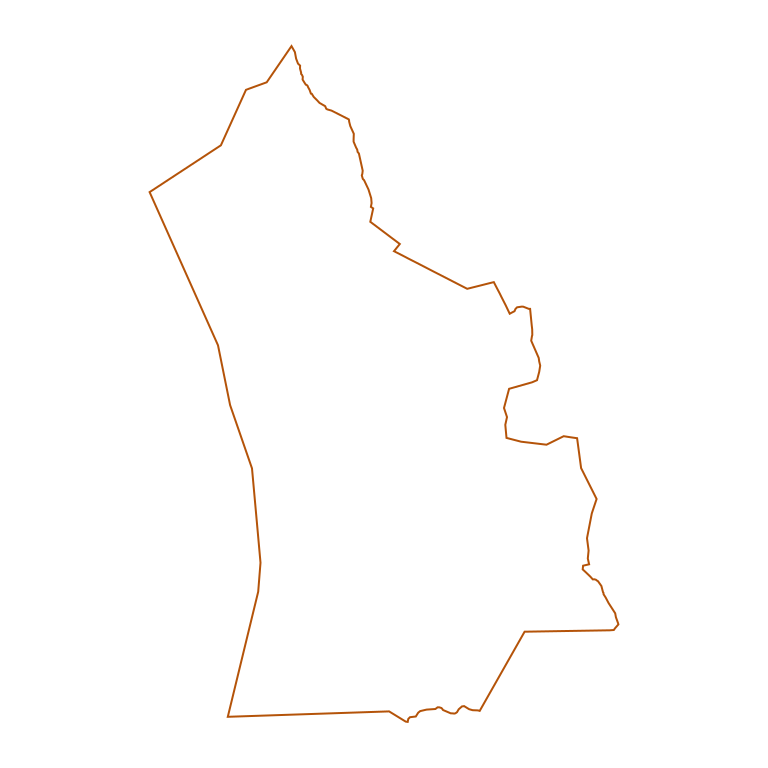 Valerio Trujano, Oaxaca, Mexico (Robinson projection)
{"feature_id": "50627088B90895159009900", "entity_name": "Valerio Trujano", "entity_type": "district", "adm_level": 2, "iso_a3": "MEX", "parent_name": "Mexico", "parent_adm1": "Oaxaca", "projection": "robinson", "projection_center": [-96.976, 17.773], "detail": "fine", "context": "isolated", "style": "outline", "palette": "amber", "viewbox_px": 768, "rotation_deg": 0, "n_neighbors": 0, "source": "geoboundaries", "source_scale": "gbopen_adm2", "svg_char_len": 2121}
<svg xmlns="http://www.w3.org/2000/svg" viewBox="0 0 768 768"><path d="M149.6,192.1L218.0,345.3L230.1,405.1L252.0,468.4L257.6,530.4L260.5,562.7L258.2,591.7L227.8,716.8L389.1,711.4L405.7,721.6L407.7,721.9L408.3,718.9L410.0,717.2L415.8,716.5L418.2,712.7L420.2,711.1L426.6,709.6L435.4,709.0L437.6,707.3L439.2,707.3L441.4,708.0L442.2,708.8L443.0,710.0L450.7,713.3L453.0,713.4L454.1,713.6L455.4,713.3L457.0,712.2L458.7,709.3L462.0,706.4L463.1,706.3L464.1,706.1L469.1,709.2L472.7,710.2L478.0,710.4L479.7,710.9L524.6,631.7L609.8,630.3L613.8,630.0L615.1,628.2L618.4,624.4L618.0,623.0L615.9,617.2L615.2,613.3L608.6,603.1L605.7,597.6L603.6,594.3L603.4,592.7L603.0,592.2L601.4,586.0L598.0,581.2L597.1,580.7L596.0,579.8L594.5,579.3L592.8,579.4L590.4,576.7L585.1,571.6L582.7,569.4L583.1,565.7L589.1,564.3L587.8,558.5L588.6,550.6L587.0,538.2L591.8,513.4L596.6,499.0L581.1,468.1L581.0,467.3L577.1,438.2L571.4,437.4L563.7,436.2L546.5,444.7L521.1,441.7L506.5,437.9L505.3,424.8L507.0,417.1L504.0,408.0L509.1,388.8L532.1,382.3L537.0,380.2L539.2,371.9L540.2,365.6L539.2,361.4L538.7,357.9L531.2,340.7L532.0,335.9L532.3,335.1L532.2,329.4L532.0,327.7L531.7,325.1L530.1,308.9L528.9,308.9L523.3,306.7L521.9,306.6L517.1,307.3L515.5,308.9L514.5,311.2L509.7,313.7L505.7,305.3L501.2,296.5L499.9,293.8L497.0,288.3L495.7,285.8L493.8,282.1L480.4,285.5L467.2,288.8L432.9,271.2L427.7,268.5L413.1,261.0L408.0,258.4L404.8,256.7L394.0,251.2L399.8,244.0L390.6,237.1L370.3,221.8L373.2,208.4L370.9,206.9L371.6,203.1L371.2,198.2L368.5,189.5L364.1,180.2L362.8,178.9L361.8,175.3L362.3,174.0L362.7,170.7L358.9,153.5L357.6,151.9L357.2,149.6L356.1,147.6L353.6,141.7L353.6,139.5L353.8,133.8L350.3,126.1L349.2,121.8L349.1,121.1L349.1,120.6L348.8,119.4L340.4,115.1L331.5,110.6L327.3,109.4L326.2,108.7L325.2,106.2L319.5,102.9L317.1,100.3L316.9,100.1L313.7,96.9L311.8,93.8L310.9,93.6L309.6,89.9L308.1,87.2L307.6,85.9L306.6,84.9L305.8,84.7L304.7,83.0L302.6,79.6L302.8,76.7L301.9,74.8L301.1,73.9L301.1,72.5L300.0,68.5L300.1,65.6L298.0,63.6L296.1,58.6L294.9,52.1L291.5,46.1L266.7,82.3L246.0,89.8L220.9,145.3L149.6,192.1Z" fill="none" stroke="#b45309" stroke-width="2"/></svg>